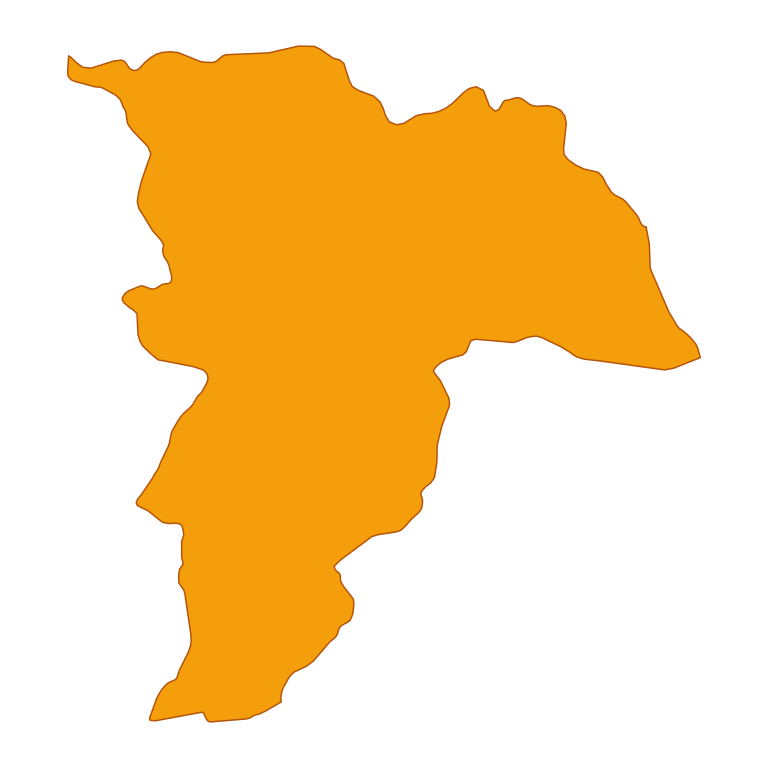 map outline of Balkh (Robinson projection)
{"feature_id": "AFG-1744", "entity_name": "Balkh", "entity_type": "Province", "adm_level": 1, "iso_a3": "AFG", "parent_name": "Afghanistan", "parent_adm1": "", "projection": "robinson", "projection_center": [66.961, 36.526], "detail": "fine", "context": "isolated", "style": "filled", "palette": "amber", "viewbox_px": 768, "rotation_deg": 0, "n_neighbors": 0, "source": "natural_earth", "source_scale": "10m", "svg_char_len": 4452}
<svg xmlns="http://www.w3.org/2000/svg" viewBox="0 0 768 768"><path d="M566.3,123.3L563.6,148.5L564.0,154.4L568.0,159.6L575.4,164.9L583.5,168.9L598.2,172.3L602.8,177.2L606.2,184.1L611.4,192.2L615.0,195.2L622.7,199.1L625.6,201.6L636.8,215.0L638.8,218.3L640.1,221.7L641.7,224.8L644.7,226.9L646.2,226.9L646.2,227.5L649.3,243.8L650.1,266.3L650.7,269.6L668.5,311.2L677.3,326.2L679.3,328.4L684.6,332.2L691.1,338.2L695.7,344.0L697.8,348.3L700.3,357.6L674.0,368.1L664.7,369.9L599.7,360.9L583.9,359.1L576.4,356.7L572.1,354.0L570.2,352.4L560.0,346.3L541.4,337.4L536.8,336.1L531.5,336.5L526.6,337.6L517.2,341.4L512.7,342.5L475.5,339.2L470.8,340.8L466.3,351.7L462.9,354.8L448.0,359.1L441.4,362.3L438.2,364.8L435.3,367.7L434.3,369.2L433.7,370.2L433.7,371.2L433.9,372.1L434.5,373.1L440.2,380.4L448.9,398.2L449.3,401.2L449.5,405.5L441.8,426.3L437.2,445.2L436.8,462.9L434.5,477.2L433.0,479.7L430.7,482.9L425.5,486.9L422.6,490.0L421.3,492.3L420.9,494.2L421.2,495.5L421.8,497.3L422.5,500.0L422.5,502.6L421.8,507.8L420.2,510.7L418.0,513.2L411.2,519.4L405.7,525.8L402.5,528.8L399.9,530.7L395.2,532.1L377.9,534.7L371.8,536.6L341.0,559.6L334.4,565.9L334.4,566.6L334.4,567.4L334.8,568.7L335.5,569.9L336.7,571.2L338.7,572.8L339.5,573.5L340.0,574.6L340.3,576.1L340.5,580.3L340.7,581.1L341.9,583.6L344.0,587.0L353.0,598.6L353.7,601.5L353.8,605.1L353.0,612.7L351.6,617.2L349.9,620.5L347.8,622.1L342.5,624.9L339.9,627.0L338.6,629.7L337.5,633.8L336.0,636.4L334.3,638.3L330.2,641.4L325.8,646.5L313.3,661.1L306.4,666.2L294.2,672.0L291.2,674.8L288.8,677.7L283.4,687.4L282.0,691.0L281.3,694.4L280.8,697.6L281.2,701.9L264.9,711.4L259.7,713.8L255.0,715.1L252.2,716.5L249.6,718.1L246.7,718.9L210.8,721.9L208.9,721.6L207.1,720.2L206.1,718.7L204.5,715.0L204.0,714.0L203.4,713.2L202.9,712.6L202.5,712.3L202.0,712.2L155.2,720.8L150.3,720.4L149.5,718.5L156.7,698.2L160.2,692.0L162.0,689.3L165.1,685.7L167.9,683.2L169.4,682.2L174.1,680.3L175.3,679.5L176.2,678.7L176.8,678.0L177.1,677.2L179.5,670.0L188.4,652.1L190.8,645.1L191.2,640.0L190.7,633.2L184.9,594.0L183.8,590.0L178.9,583.0L178.7,577.7L178.9,572.9L179.2,571.2L179.6,569.5L180.1,568.5L182.3,565.5L182.7,564.6L182.9,563.5L182.9,562.3L182.0,558.8L181.7,556.5L181.7,541.4L182.3,539.3L183.5,536.1L183.7,534.4L183.5,532.4L182.3,526.7L181.4,525.2L179.8,524.0L176.5,523.3L168.6,523.5L163.4,522.5L161.3,521.4L147.8,510.7L137.8,505.8L136.6,504.1L136.3,502.8L137.0,500.7L137.6,499.2L141.8,494.0L152.6,477.9L154.4,474.5L158.0,469.1L158.8,467.4L160.6,462.4L168.4,446.0L169.4,443.0L171.0,434.6L171.7,432.4L172.4,430.6L178.2,420.4L181.8,415.4L183.4,413.6L191.1,406.7L193.3,403.7L197.1,397.1L198.4,395.5L201.3,392.6L202.5,390.9L206.6,383.3L207.3,381.6L207.9,379.1L207.9,377.8L207.8,376.2L207.0,374.0L205.8,372.3L204.4,371.0L202.8,369.8L193.3,366.6L158.1,359.8L150.4,353.5L142.6,345.8L139.7,340.5L138.0,334.4L137.0,313.6L132.8,309.6L129.8,307.7L124.0,302.9L122.4,300.2L122.4,297.5L125.2,293.4L128.3,291.0L139.5,286.3L140.8,286.0L142.4,286.0L143.9,286.3L150.7,288.9L152.4,289.1L154.5,288.8L156.6,288.0L162.1,284.5L163.6,284.1L168.8,283.4L170.4,282.7L171.4,280.6L171.8,277.1L168.9,265.3L167.2,261.4L164.0,256.6L162.9,252.4L162.7,249.6L163.2,248.0L163.5,246.6L163.5,244.9L162.4,242.5L160.4,239.5L152.5,230.5L143.7,216.1L138.8,208.3L137.3,201.4L138.8,192.0L141.5,180.9L148.3,161.3L149.0,159.7L149.3,158.9L150.3,155.7L150.7,153.4L147.9,146.6L132.7,130.8L128.3,124.8L127.6,123.5L126.5,117.6L126.4,114.5L126.1,112.9L125.5,111.1L124.7,109.4L123.2,107.1L121.9,103.4L120.1,99.4L117.7,96.8L114.6,94.5L103.1,88.2L100.2,87.1L95.3,86.9L75.1,81.5L71.6,80.0L70.8,79.4L70.0,78.6L68.9,77.2L68.1,75.9L67.8,73.4L67.7,71.3L68.5,58.8L68.7,56.1L70.9,57.2L76.3,62.6L82.8,67.3L91.3,68.1L113.8,61.0L121.5,60.1L124.8,61.6L129.7,68.6L133.7,70.6L137.1,70.0L139.9,67.9L144.9,62.5L150.6,57.7L156.1,54.4L162.4,52.4L170.7,51.8L178.5,52.7L200.0,61.4L204.0,62.2L212.8,62.5L216.3,61.3L222.7,55.9L226.1,54.7L268.6,52.9L298.5,46.1L314.2,46.4L320.1,49.1L333.1,58.1L339.9,60.1L343.9,63.6L349.3,80.7L352.4,86.7L359.0,90.7L373.4,96.0L380.0,101.8L383.2,108.6L385.6,115.9L389.3,121.9L396.6,124.8L403.9,123.4L416.3,115.6L424.6,113.8L432.5,113.2L439.6,111.2L446.1,108.0L452.6,103.3L463.2,92.9L469.2,88.5L476.0,86.7L483.4,90.3L489.6,106.5L495.0,111.1L498.5,109.8L501.0,106.1L503.0,102.2L505.0,100.4L508.4,100.0L514.6,98.1L518.3,97.7L522.0,98.8L529.1,104.0L532.7,105.7L536.8,106.3L548.5,105.7L555.2,107.4L561.0,110.7L564.8,116.0L566.3,123.3Z" fill="#f59e0b" stroke="#b45309" stroke-width="1.5"/></svg>